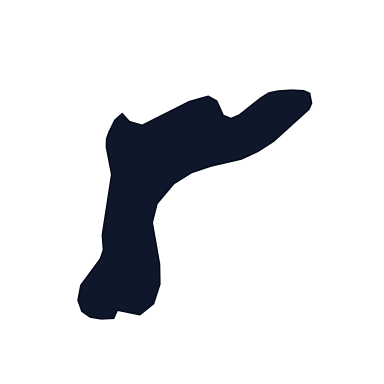 the Special Municipality of Bonaire, rotated 250°
{"feature_id": "NLD-5149", "entity_name": "Bonaire", "entity_type": "Special Municipality", "adm_level": 1, "iso_a3": "NLD", "parent_name": "Netherlands", "parent_adm1": "", "projection": "natural_earth1", "projection_center": [-68.284, 12.166], "detail": "fine", "context": "isolated", "style": "filled", "palette": "ink", "viewbox_px": 384, "rotation_deg": 250, "n_neighbors": 0, "source": "natural_earth", "source_scale": "10m", "svg_char_len": 700}
<svg xmlns="http://www.w3.org/2000/svg" viewBox="0 0 384 384"><g transform="rotate(250 192 192)"><path d="M271.1,129.9L277.0,134.8L285.9,144.1L289.5,153.2L279.6,157.2L271.7,168.0L277.9,220.4L276.4,240.0L269.0,246.4L253.4,247.5L247.7,253.7L248.1,262.5L256.7,288.3L258.8,298.0L257.4,307.6L253.7,320.3L249.0,331.5L244.5,336.3L234.5,334.7L229.8,330.3L211.8,286.1L207.7,268.2L206.1,249.9L209.9,218.6L210.4,198.2L206.1,177.8L193.0,155.1L176.9,144.2L135.3,136.8L116.4,130.3L100.2,117.7L94.5,101.0L106.5,81.4L100.1,75.2L103.8,63.3L109.3,53.5L117.6,47.7L129.4,47.9L142.4,55.7L160.5,83.0L167.8,88.9L182.4,93.1L235.9,122.5L263.4,126.9L271.1,129.9Z" fill="#0f172a" stroke="#020617" stroke-width="1.5"/></g></svg>